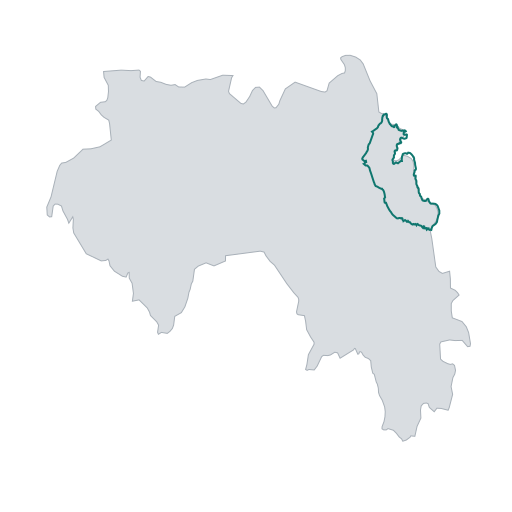 Mandiana, Mandiana, Guinea (highlighted), rotated 353°
{"feature_id": "49546643B67473886511689", "entity_name": "Mandiana", "entity_type": "district", "adm_level": 2, "iso_a3": "GIN", "parent_name": "Guinea", "parent_adm1": "Mandiana", "projection": "equal_earth", "projection_center": [-8.547, 10.818], "detail": "fine", "context": "in_parent", "style": "outline", "palette": "teal", "viewbox_px": 512, "rotation_deg": 353, "n_neighbors": 0, "source": "geoboundaries", "source_scale": "gbopen_adm2", "svg_char_len": 9324}
<svg xmlns="http://www.w3.org/2000/svg" viewBox="0 0 512 512"><g transform="rotate(353 256 256)"><path d="M315.0,363.6L310.8,362.8L308.9,363.9L303.3,372.7L299.9,376.2L294.7,375.1L292.8,375.7L291.4,374.7L293.3,369.9L296.0,360.3L302.9,350.6L303.1,348.6L300.3,343.0L297.3,335.3L297.3,327.0L296.8,321.1L290.7,319.4L289.6,318.4L289.4,316.4L292.9,306.1L293.1,304.1L292.7,302.2L289.0,297.0L283.2,287.2L273.2,267.3L269.4,263.1L265.9,257.0L264.5,253.1L260.8,251.7L225.8,252.0L225.1,257.2L213.1,260.7L205.6,256.7L197.4,259.0L193.3,261.7L190.2,273.3L188.4,275.8L186.6,281.0L185.0,283.9L183.2,289.6L179.2,297.8L175.0,303.1L168.0,306.0L165.8,314.6L164.1,317.8L161.4,320.3L158.5,322.0L152.8,320.3L149.6,321.8L149.0,319.7L150.9,312.8L149.5,309.3L144.0,302.2L143.5,298.8L141.8,294.4L134.6,285.3L127.8,285.8L129.8,278.2L129.7,268.0L127.5,262.5L128.1,256.8L126.8,257.2L124.5,261.1L120.9,259.8L113.6,253.8L109.9,247.9L109.5,243.0L108.7,241.0L106.4,242.1L101.8,242.0L87.8,233.1L77.9,210.9L77.7,205.8L79.2,197.2L78.9,194.8L74.2,200.6L73.4,196.7L69.9,187.8L69.0,182.7L65.6,180.4L62.9,180.0L60.8,181.7L58.0,192.1L55.9,192.1L53.8,189.8L54.3,182.0L59.8,172.3L69.0,147.7L72.3,142.1L74.4,140.1L78.7,139.9L87.0,136.6L97.3,128.9L105.2,129.5L114.4,128.6L126.5,123.3L126.8,106.8L126.4,103.2L122.1,99.9L119.6,97.0L117.5,93.3L114.9,90.7L115.0,88.0L120.4,84.5L125.3,84.5L127.0,83.2L128.2,80.8L129.6,74.9L130.2,68.6L127.0,60.2L127.2,54.3L144.9,55.1L154.6,56.8L162.5,57.2L163.8,58.6L162.7,64.4L163.6,67.8L166.3,68.7L170.8,64.7L173.1,65.6L178.1,70.6L182.7,72.0L187.7,74.7L192.4,76.2L196.6,76.0L199.8,78.8L205.7,79.7L213.3,76.1L219.3,74.6L227.8,74.2L232.2,75.3L245.0,72.5L255.1,74.1L253.5,76.1L248.8,89.2L249.4,91.6L259.6,102.7L262.0,103.6L264.8,102.0L269.2,96.9L272.7,91.3L276.1,88.6L280.0,88.8L283.1,92.7L290.3,109.2L292.2,111.3L293.9,111.3L297.1,108.2L298.7,104.6L305.5,93.7L316.0,88.2L340.8,100.7L344.5,101.7L346.6,100.7L349.7,93.3L359.1,87.0L363.6,85.3L366.2,85.1L367.2,83.0L367.6,80.0L367.1,76.9L364.2,71.3L364.1,69.7L365.8,68.6L369.4,67.8L374.0,68.3L379.2,70.7L383.4,74.2L385.8,78.4L390.5,95.9L395.7,109.6L395.5,128.0L397.8,129.8L400.4,130.6L401.5,132.0L404.1,139.6L406.5,141.8L409.4,142.3L414.7,147.2L418.2,149.1L418.7,150.6L418.6,152.6L417.2,155.1L412.0,160.2L409.4,164.5L404.1,175.0L404.0,176.9L405.1,178.3L407.3,178.6L409.6,177.9L414.5,174.0L418.4,175.4L422.0,178.3L423.4,181.3L423.7,185.3L422.9,190.4L422.8,196.1L424.0,205.8L425.9,215.6L427.9,219.1L440.2,227.7L441.4,230.9L442.0,234.5L441.1,239.5L439.8,242.2L433.1,249.9L432.1,253.5L432.6,260.2L433.1,288.8L435.7,293.6L438.9,296.0L446.3,294.7L446.1,302.6L445.1,311.5L449.5,314.3L451.6,317.0L452.8,319.5L446.0,324.2L444.0,327.0L443.1,334.4L443.3,341.3L452.5,346.2L456.1,351.9L457.7,357.9L458.2,369.2L457.4,371.7L455.0,371.8L450.4,364.9L443.2,364.2L437.9,362.9L429.1,363.8L427.6,365.8L426.6,380.8L428.7,383.3L432.9,386.1L435.7,387.3L438.0,387.0L439.7,388.8L440.1,393.8L438.9,397.4L436.6,400.7L433.7,409.4L434.3,417.3L429.3,430.0L427.9,432.5L421.3,429.9L417.0,429.1L413.9,432.3L409.6,427.4L408.8,423.5L407.2,422.7L404.3,422.7L401.7,424.9L400.5,428.9L399.9,437.0L395.1,444.7L391.7,454.3L387.7,453.4L386.9,454.6L382.7,457.0L379.1,457.7L378.2,455.2L376.1,453.1L373.7,449.0L371.1,445.7L366.0,443.4L364.0,444.5L361.6,444.2L360.0,442.9L360.3,440.9L362.9,435.9L364.4,431.3L365.3,426.3L365.3,421.5L363.8,414.8L361.6,409.5L361.0,406.4L361.3,402.0L360.8,397.9L360.0,395.7L359.0,387.9L357.6,386.5L356.9,380.3L357.1,373.9L355.1,371.5L352.0,369.8L350.2,367.3L349.1,364.5L348.0,363.7L347.0,363.8L346.2,365.6L345.1,365.9L343.3,360.0L342.6,359.7L341.3,361.1L327.0,367.7L325.2,362.1L322.5,361.1L317.8,363.3L315.0,363.6Z" fill="#d9dde1" stroke="#a8b0b8" stroke-width="1"/><path d="M433.1,251.5L433.2,251.1L433.2,250.9L433.4,250.8L433.4,250.5L433.8,249.8L434.7,248.0L435.2,247.6L436.2,247.1L438.1,246.1L439.2,244.9L439.6,244.5L439.7,244.3L440.0,243.5L440.3,242.4L441.2,240.0L441.4,239.4L441.7,238.6L441.8,238.5L441.8,238.2L442.6,237.1L442.9,236.6L443.2,236.0L443.3,234.2L443.5,233.7L443.4,233.2L443.4,232.9L442.8,230.4L442.7,229.7L442.3,228.3L441.7,227.4L440.8,226.5L440.2,226.1L437.8,225.5L436.1,225.4L435.5,225.0L434.6,223.3L434.3,222.4L434.2,221.8L434.2,221.3L434.0,220.4L433.6,220.1L432.9,220.4L432.4,220.7L431.8,221.6L431.6,221.8L431.1,222.0L430.2,222.0L429.5,221.8L428.2,221.2L427.9,220.7L427.4,218.9L427.2,217.4L427.1,217.1L426.5,216.6L426.2,216.2L426.1,215.6L426.2,214.5L426.0,214.1L425.5,213.6L425.4,213.0L425.3,212.5L425.3,212.2L425.6,210.1L425.6,208.8L425.3,208.0L425.1,208.0L424.9,208.0L424.7,207.7L424.6,206.0L424.4,205.6L424.0,204.5L424.0,203.6L424.3,201.7L424.3,200.6L423.8,199.2L423.7,198.6L424.3,196.0L424.2,195.7L423.4,195.7L422.7,195.6L422.5,195.2L422.5,194.5L422.6,194.3L422.6,194.1L423.2,192.7L423.7,191.8L423.8,190.8L424.1,190.2L424.8,190.0L425.1,189.7L425.3,189.2L425.4,188.5L425.1,185.3L425.1,184.0L425.2,183.1L424.8,180.7L424.6,179.7L424.8,179.0L424.8,178.0L424.5,177.0L424.3,177.0L423.8,175.7L423.4,175.1L423.1,174.6L422.8,174.1L421.5,172.6L420.2,172.1L419.6,172.0L419.2,172.5L418.8,172.8L418.7,172.9L418.3,173.0L418.0,172.7L417.7,172.5L417.2,172.3L416.1,172.2L414.6,172.5L414.1,172.8L413.9,173.3L413.9,173.5L413.0,175.2L413.0,175.3L412.4,178.0L412.3,178.6L412.4,178.9L412.4,179.5L411.2,179.4L409.6,180.4L409.2,180.6L408.7,181.0L408.2,181.3L407.7,181.0L407.2,180.8L407.0,180.7L406.6,180.3L406.4,180.2L406.1,180.2L404.3,181.4L403.7,181.3L403.4,180.9L403.2,180.4L403.2,180.0L403.4,179.2L403.1,177.4L403.2,177.0L403.3,176.8L404.3,175.8L404.9,175.1L405.0,174.2L405.0,173.8L405.0,173.7L405.2,172.9L406.3,171.6L406.5,171.0L406.5,170.7L406.3,169.6L406.3,169.2L406.4,168.8L406.7,168.4L407.0,168.2L407.5,168.2L408.4,168.4L408.7,168.3L408.9,168.1L409.2,167.3L409.6,166.2L409.4,165.6L409.2,164.9L409.1,163.9L409.2,163.4L409.2,163.1L409.5,162.5L409.9,162.1L410.2,162.0L411.5,162.1L412.2,161.4L412.4,161.4L413.3,161.7L413.5,161.5L413.9,161.2L414.0,160.9L414.0,160.6L413.6,160.1L413.5,159.3L413.2,158.6L413.2,158.2L413.2,157.8L413.3,157.7L413.5,157.1L414.0,156.5L414.3,156.3L414.9,156.3L415.9,156.9L416.0,157.0L417.4,157.7L417.9,157.7L418.2,157.6L418.9,157.5L419.6,157.3L419.9,157.0L420.0,156.6L420.1,156.3L420.4,154.9L420.6,154.2L420.5,153.9L420.3,153.7L420.0,153.7L418.5,153.9L417.6,153.4L417.4,153.2L417.4,152.9L417.4,152.7L417.7,151.5L418.0,151.0L418.7,150.7L419.5,150.7L419.9,150.5L419.6,149.9L418.8,149.4L418.1,149.5L417.3,149.7L416.9,149.4L416.6,149.3L416.0,149.5L415.5,149.5L414.4,148.9L413.6,148.6L413.0,148.2L412.6,146.7L412.2,146.2L411.8,145.9L411.7,145.8L411.6,145.5L411.7,145.2L412.2,144.9L412.0,144.4L411.7,143.7L411.7,143.0L411.4,142.5L411.2,142.4L410.7,143.0L409.5,143.7L409.3,144.4L409.2,144.7L408.9,144.9L408.6,144.9L407.9,143.9L407.5,143.9L407.1,144.0L406.5,143.6L405.9,142.7L405.7,142.4L405.4,141.7L405.0,141.4L404.7,140.8L404.5,139.8L404.1,139.0L403.8,136.6L403.7,136.4L403.6,135.9L403.0,135.5L402.8,135.1L402.7,134.3L403.1,132.1L403.1,131.5L403.0,131.1L402.6,130.7L402.1,130.7L401.1,131.2L400.3,131.1L398.9,132.8L398.8,132.7L398.6,133.2L398.4,133.8L398.2,134.2L398.1,134.9L397.9,135.5L397.8,136.1L397.8,136.7L397.7,137.1L397.5,137.6L397.3,138.0L397.0,138.5L396.6,139.0L396.2,139.3L395.9,139.5L395.5,139.6L395.0,139.9L394.7,140.2L394.2,140.6L394.0,141.0L393.6,141.2L393.4,141.6L393.0,142.1L392.8,142.8L392.3,143.4L391.8,143.8L391.3,144.2L390.6,144.5L390.0,144.8L389.5,145.1L389.0,145.4L388.2,145.8L387.5,146.2L386.9,146.5L386.3,146.7L387.2,148.2L387.2,148.4L387.2,148.9L386.9,149.5L386.4,150.4L385.7,151.8L385.0,153.2L384.2,154.8L383.2,156.8L382.7,157.8L382.4,158.2L381.5,158.9L380.9,160.2L380.2,162.0L380.2,163.3L379.9,164.3L379.5,164.9L379.3,165.3L379.2,165.5L378.6,166.0L378.5,166.3L378.1,166.8L377.8,167.3L377.4,167.7L376.8,168.3L376.4,168.7L376.0,169.2L375.4,169.7L375.1,170.1L374.8,170.4L374.4,170.8L374.1,171.0L373.9,171.5L373.6,171.8L373.4,172.1L373.3,172.4L373.3,172.6L373.4,172.9L373.4,173.2L374.3,174.1L375.2,175.1L376.7,174.9L376.8,176.2L375.4,176.5L375.1,177.6L374.3,177.8L375.8,179.5L377.6,179.8L378.6,181.2L379.3,182.4L379.6,185.1L380.0,186.8L380.4,188.7L381.1,192.4L381.6,195.0L382.0,197.0L382.4,198.3L382.5,199.3L382.8,200.0L383.3,201.2L383.6,201.3L385.1,202.1L386.1,203.0L387.3,203.8L388.3,204.4L389.3,204.6L389.4,205.2L390.2,205.9L390.6,206.9L390.9,208.1L391.1,209.7L391.2,210.9L391.2,212.0L391.2,212.7L391.3,213.4L390.9,213.9L390.1,214.8L390.2,215.1L390.2,215.4L390.2,215.7L390.2,215.8L390.2,216.3L390.2,216.5L390.2,216.9L390.1,217.1L390.2,217.5L390.2,218.1L390.2,218.6L390.4,218.8L390.7,219.0L390.9,219.1L391.3,219.0L391.5,219.0L392.1,221.3L392.4,222.6L392.8,223.6L393.3,224.9L393.9,226.4L394.6,227.8L395.3,228.8L395.8,230.0L396.3,231.0L396.9,231.9L398.6,233.8L399.4,234.7L400.3,235.7L401.5,236.0L402.7,235.7L403.6,235.8L404.3,236.3L405.4,236.1L405.9,236.6L405.8,237.6L406.3,238.7L406.7,239.0L406.7,239.3L408.3,238.5L409.2,239.3L410.0,240.5L410.7,240.5L411.2,239.8L411.9,240.8L412.2,241.2L413.0,241.3L413.6,242.5L414.6,243.5L415.4,243.9L416.0,243.4L416.5,243.4L417.0,244.0L418.0,243.8L418.3,243.7L419.0,245.0L419.5,244.2L420.3,243.9L421.1,245.0L422.1,245.6L423.2,245.9L423.9,246.4L424.5,247.6L425.1,248.4L425.7,247.2L426.1,246.9L426.6,247.2L426.5,247.8L426.4,248.7L426.9,249.2L428.1,248.9L428.5,249.0L428.4,249.7L428.7,250.7L429.9,249.8L430.2,249.5L430.7,249.6L430.7,250.5L431.3,251.2L432.1,251.2L433.1,251.5Z" fill="none" stroke="#0f766e" stroke-width="2"/></g></svg>